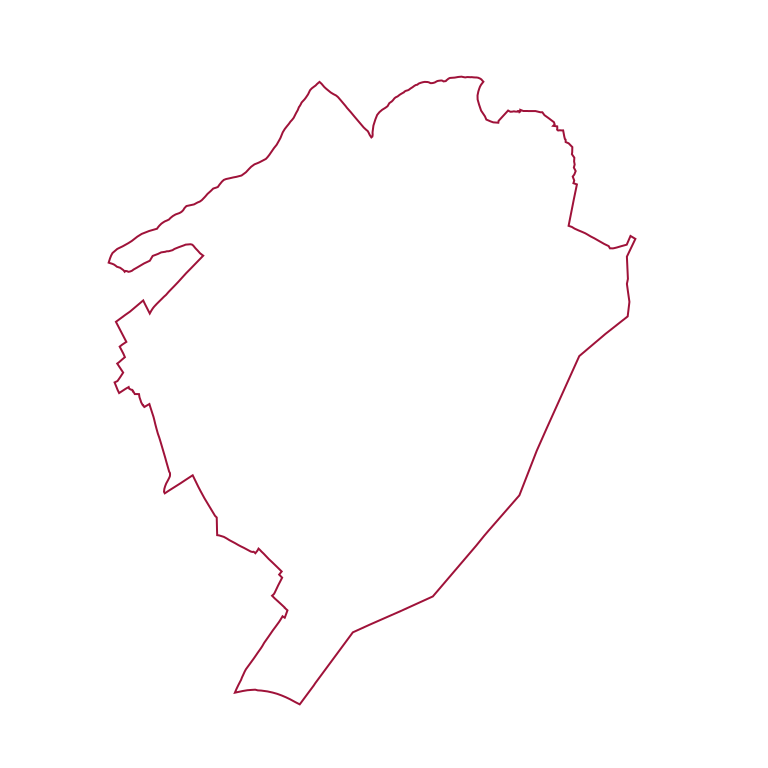 outline of Hemeius, Bacau, Romania, rotated 83°
{"feature_id": "2599482B10369787235709", "entity_name": "Hemeius", "entity_type": "district", "adm_level": 2, "iso_a3": "ROU", "parent_name": "Romania", "parent_adm1": "Bacau", "projection": "natural_earth1", "projection_center": [26.841, 46.628], "detail": "fine", "context": "isolated", "style": "outline", "palette": "rose", "viewbox_px": 768, "rotation_deg": 83, "n_neighbors": 0, "source": "geoboundaries", "source_scale": "gbopen_adm2", "svg_char_len": 6074}
<svg xmlns="http://www.w3.org/2000/svg" viewBox="0 0 768 768"><g transform="rotate(83 384 384)"><path d="M309.4,129.1L287.2,127.4L270.6,116.8L267.1,121.3L275.3,126.1L276.1,131.6L276.9,136.4L277.2,138.9L277.3,140.3L277.0,142.0L276.9,143.2L274.5,144.2L271.8,148.4L268.3,153.1L265.0,157.5L262.7,160.9L260.3,164.0L258.9,165.9L257.0,169.1L255.2,172.3L253.0,175.9L251.0,178.4L249.5,181.5L223.9,173.1L209.4,168.2L207.8,171.5L205.2,170.4L201.1,171.4L199.3,169.6L196.0,167.8L192.3,169.2L189.4,168.0L186.3,168.2L182.6,167.5L178.8,169.5L177.1,169.0L171.8,168.2L167.6,171.4L166.0,174.2L163.5,174.0L162.9,174.6L160.4,174.9L154.1,175.3L153.9,177.3L153.6,178.3L153.6,180.3L152.6,181.2L151.2,180.8L149.4,180.7L148.4,184.6L147.1,183.0L144.9,183.4L140.2,188.2L136.7,192.0L133.6,193.7L133.4,195.5L131.6,200.3L130.5,208.7L130.0,212.5L128.5,215.3L130.1,215.5L130.7,216.6L129.5,217.1L129.4,217.9L129.9,218.4L129.8,219.4L129.5,221.0L129.2,221.7L129.3,223.5L129.2,225.3L128.4,226.6L127.7,227.5L136.8,238.2L138.6,238.7L137.6,243.7L136.4,246.1L134.0,250.2L130.6,251.2L124.5,254.3L118.2,255.6L113.0,256.4L109.0,256.0L106.6,255.2L105.1,254.7L102.7,253.6L100.6,252.5L98.8,251.2L97.1,249.5L96.1,248.5L94.7,249.5L93.6,250.2L92.7,251.2L91.5,253.2L91.0,255.0L90.7,257.1L90.1,259.6L90.1,260.5L89.6,263.2L89.5,264.3L89.6,266.0L89.0,267.9L88.4,269.6L88.3,273.0L88.5,276.4L88.3,280.4L88.3,281.4L88.8,282.8L89.7,284.2L90.1,285.0L90.6,285.3L90.9,286.1L90.9,288.1L90.1,289.0L89.7,290.2L89.7,292.6L89.8,294.1L90.5,296.0L90.9,296.8L91.2,298.7L91.2,300.1L91.0,301.3L90.1,302.6L89.6,303.9L89.1,306.7L89.2,308.7L89.5,310.7L89.8,312.0L90.1,313.1L91.0,314.4L91.1,315.9L91.7,317.4L92.9,319.5L94.0,321.8L95.0,323.5L95.3,324.3L95.4,324.8L95.7,326.7L96.3,328.1L96.9,328.6L97.3,329.7L98.1,331.6L98.9,333.3L100.2,335.4L100.9,337.5L101.7,338.8L103.4,340.5L104.4,341.7L105.9,344.5L108.7,346.6L110.0,348.9L111.6,352.4L113.6,355.4L116.1,358.0L120.3,360.3L126.2,363.0L132.8,364.7L135.3,364.9L137.0,365.4L137.7,366.5L135.1,367.8L132.7,368.6L131.0,369.3L129.3,370.9L126.9,372.9L115.2,380.6L110.2,383.8L105.4,387.1L103.5,388.2L97.2,392.3L93.6,394.7L91.8,396.4L90.1,398.9L88.2,401.3L83.9,405.4L81.9,407.1L78.4,409.4L76.3,411.2L78.0,413.8L79.4,415.5L80.5,417.5L81.8,419.7L83.4,421.6L87.3,424.1L90.5,426.9L91.9,428.3L93.4,430.1L94.6,431.5L95.9,432.3L97.0,433.1L97.9,433.8L98.8,434.7L101.6,436.2L104.3,438.2L108.8,441.2L110.6,443.0L112.3,445.0L113.0,445.6L114.2,446.7L116.4,449.0L118.8,451.4L121.8,453.8L127.2,456.8L129.3,458.3L133.5,461.4L136.5,464.5L141.7,469.1L142.4,469.7L144.6,471.9L146.2,473.8L147.6,477.5L148.8,480.7L149.4,482.7L150.2,485.8L152.2,489.4L154.2,491.9L157.0,495.2L159.7,500.0L160.4,505.3L160.6,508.5L161.0,512.2L161.3,515.7L161.9,518.1L163.4,520.2L166.2,523.1L168.2,524.9L168.6,526.5L169.2,529.7L171.3,532.4L173.8,536.0L176.2,538.6L179.3,542.4L180.5,544.6L181.1,546.9L182.6,550.7L183.3,558.4L185.1,560.6L187.0,562.1L188.1,563.5L188.7,564.5L189.4,566.2L190.3,570.2L191.6,573.2L193.3,575.9L194.5,577.3L195.3,579.6L195.8,581.5L196.5,583.1L197.7,585.4L199.5,587.7L201.1,589.4L202.2,590.3L203.5,598.4L204.5,602.3L205.5,606.2L207.7,610.9L211.3,616.9L213.0,620.5L215.5,626.6L216.9,630.8L217.5,632.4L220.9,637.5L223.3,639.2L225.7,640.5L226.1,640.7L230.0,642.5L230.6,641.3L231.4,639.4L232.4,637.6L233.8,636.0L235.0,634.9L236.5,631.7L239.3,628.7L241.0,627.7L240.3,626.9L240.6,625.5L241.5,624.0L241.4,622.4L240.9,620.4L239.9,618.7L238.5,615.3L235.1,607.5L233.1,601.4L228.7,598.0L227.4,592.6L226.2,589.1L226.1,584.8L225.8,583.7L226.0,581.6L225.4,577.6L224.4,575.5L223.2,571.0L222.0,565.7L221.5,563.9L221.7,559.1L222.2,557.6L223.3,556.5L226.3,554.6L229.1,552.5L231.9,550.6L234.6,547.8L245.4,561.2L250.0,567.0L257.7,575.9L260.9,579.8L264.1,583.8L266.3,586.5L269.0,589.5L270.5,591.7L276.7,599.7L279.2,602.7L280.8,604.3L283.1,606.2L285.5,607.9L275.3,611.6L271.7,612.8L281.2,627.3L283.8,632.2L289.6,642.5L310.8,634.6L312.1,637.2L313.0,639.0L314.7,641.8L317.3,640.8L322.1,639.0L325.8,637.9L327.6,640.7L330.2,644.5L331.2,646.3L340.9,641.5L345.4,645.3L348.6,648.2L349.6,651.2L357.5,649.1L360.7,648.0L357.4,641.3L357.3,641.1L355.9,637.8L357.5,637.5L358.6,636.1L358.9,635.4L359.1,634.7L360.6,634.2L360.4,633.9L363.6,632.6L363.9,630.1L364.2,628.4L367.4,628.3L371.1,627.5L372.4,627.3L374.5,626.5L375.7,626.0L375.6,625.6L376.4,625.3L377.6,624.7L375.3,619.3L377.6,618.9L384.4,617.6L388.5,616.8L391.5,616.4L396.0,615.9L400.4,615.3L405.7,614.5L409.8,613.6L414.3,612.8L430.7,610.1L434.8,609.5L444.9,607.9L445.9,607.4L446.6,607.3L447.8,607.4L449.3,607.7L450.6,608.4L452.4,609.6L453.7,610.5L456.2,612.3L458.8,613.7L461.3,614.8L464.2,615.5L465.8,614.9L463.7,610.7L457.7,598.0L454.9,592.4L451.8,586.1L451.3,585.0L463.2,580.9L468.0,579.1L475.6,576.1L494.2,567.8L496.1,566.3L500.3,566.7L508.2,567.5L513.7,568.0L514.2,566.1L516.2,561.6L518.1,559.0L520.2,556.4L521.6,554.4L523.9,551.1L526.1,548.2L527.7,545.9L529.5,543.1L533.6,537.3L534.1,536.6L534.7,534.9L534.6,533.9L535.1,533.3L536.3,532.3L533.8,529.8L532.1,528.6L532.9,527.9L533.9,527.1L535.3,526.1L536.4,525.2L537.6,524.2L539.9,522.5L543.7,519.7L547.9,516.2L557.6,508.4L560.4,511.3L563.8,508.7L567.2,511.0L571.0,513.6L577.8,517.9L579.1,518.9L580.5,520.9L583.6,518.5L587.4,515.2L590.1,512.9L592.0,511.3L593.8,509.8L594.0,509.9L596.9,507.4L602.2,510.1L603.6,510.8L603.9,511.0L603.2,511.8L602.8,512.4L602.2,513.0L603.1,513.7L605.5,515.6L607.3,517.1L611.8,521.3L614.7,524.1L620.8,529.5L623.0,531.5L626.2,534.4L629.4,536.8L631.3,538.4L633.5,540.4L635.7,542.4L639.0,545.3L641.0,547.1L642.8,548.8L645.6,551.4L647.2,552.9L650.3,555.8L652.4,557.3L655.2,559.0L657.9,560.7L660.2,561.9L662.2,563.3L665.3,565.4L668.9,567.7L672.2,569.6L671.5,561.5L671.3,556.9L671.5,552.4L671.7,549.1L672.7,546.6L673.3,543.3L674.2,539.9L674.9,537.2L676.7,532.1L678.5,527.8L680.7,523.5L683.0,519.5L685.5,515.6L689.0,510.7L691.7,506.7L691.0,506.0L674.6,490.4L672.6,488.7L626.7,445.2L621.1,427.4L611.3,394.8L600.8,361.4L555.6,312.1L546.9,303.1L542.4,298.2L511.0,263.2L468.8,240.5L447.6,227.8L380.1,186.8L361.2,158.0L346.6,133.9L332.4,130.4L322.0,130.6L314.2,130.7L309.4,129.1Z" fill="none" stroke="#9f1239" stroke-width="2"/></g></svg>